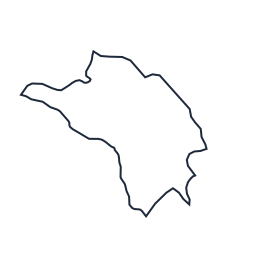 SVG path tracing the border of Nwoya, rotated 49°
{"feature_id": "UGA-5625", "entity_name": "Nwoya", "entity_type": "District", "adm_level": 1, "iso_a3": "UGA", "parent_name": "Uganda", "parent_adm1": "", "projection": "mercator", "projection_center": [31.834, 2.49], "detail": "fine", "context": "isolated", "style": "outline", "palette": "slate", "viewbox_px": 256, "rotation_deg": 49, "n_neighbors": 0, "source": "natural_earth", "source_scale": "10m", "svg_char_len": 1283}
<svg xmlns="http://www.w3.org/2000/svg" viewBox="0 0 256 256"><g transform="rotate(49 128 128)"><path d="M225.9,131.9L218.1,132.8L210.2,132.0L203.0,133.6L202.0,141.4L202.9,157.1L206.5,172.3L206.3,172.3L199.6,171.9L197.7,172.3L196.4,173.3L193.4,176.3L191.2,177.3L186.8,177.2L180.5,172.2L174.5,170.4L169.8,167.9L167.9,167.1L162.0,166.4L160.1,165.8L152.5,158.9L148.5,157.2L143.9,153.9L141.8,152.8L139.7,152.5L137.8,152.5L136.0,152.4L134.0,151.4L130.9,152.8L123.2,154.2L119.6,155.4L116.7,157.6L110.6,164.5L92.6,170.5L89.1,171.0L87.6,170.5L85.5,168.8L83.8,168.4L70.7,168.4L67.9,169.2L61.4,172.9L52.2,175.2L42.8,182.2L37.6,183.9L36.5,184.5L32.7,187.0L30.1,176.3L31.5,171.2L38.5,163.7L48.3,159.1L52.8,156.4L55.7,153.6L56.5,148.7L57.2,143.6L57.3,140.8L58.2,136.5L60.1,133.2L62.9,131.9L65.0,131.3L66.4,130.0L67.2,128.1L67.5,125.9L66.7,124.3L64.9,124.4L62.7,125.1L61.1,125.3L57.8,122.4L54.9,114.3L52.6,110.3L49.9,107.3L47.5,103.8L55.8,101.3L61.9,95.3L70.6,85.8L78.7,81.8L101.0,81.8L103.6,74.3L109.0,69.6L154.2,69.0L160.9,73.0L167.6,73.7L176.4,73.7L183.1,78.4L191.2,80.4L195.3,82.4L192.8,88.5L189.2,93.4L187.9,98.7L190.6,104.5L195.9,107.6L207.9,108.5L207.1,110.8L207.4,114.6L208.3,118.4L211.3,123.3L216.3,126.6L222.4,128.4L225.9,131.9Z" fill="none" stroke="#1e293b" stroke-width="2"/></g></svg>